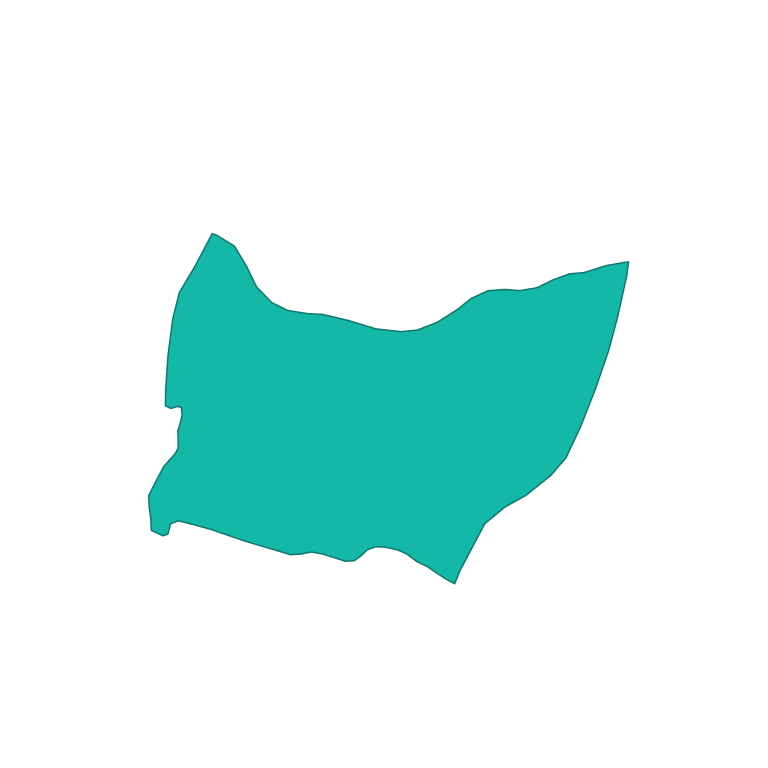 the district of Haute-Banio, Nyanga, Gabon, rotated 244°
{"feature_id": "22940354B88632619890778", "entity_name": "Haute-Banio", "entity_type": "district", "adm_level": 2, "iso_a3": "GAB", "parent_name": "Gabon", "parent_adm1": "Nyanga", "projection": "robinson", "projection_center": [11.179, -3.673], "detail": "fine", "context": "isolated", "style": "filled", "palette": "teal", "viewbox_px": 768, "rotation_deg": 244, "n_neighbors": 0, "source": "geoboundaries", "source_scale": "gbopen_adm2", "svg_char_len": 1191}
<svg xmlns="http://www.w3.org/2000/svg" viewBox="0 0 768 768"><g transform="rotate(244 384 384)"><path d="M594.4,295.4L573.7,267.2L555.8,240.0L535.3,222.8L504.5,202.5L474.6,185.3L460.2,178.0L455.5,181.6L454.3,188.6L451.7,191.6L444.4,188.9L438.8,184.3L432.0,178.0L425.6,175.3L416.5,170.7L412.7,165.4L409.8,158.1L406.2,149.5L395.4,134.9L386.9,123.6L376.0,118.9L366.9,116.0L354.3,110.7L344.4,118.9L343.8,123.9L352.0,130.9L351.1,139.2L344.9,146.8L328.5,165.4L303.3,190.6L283.3,212.5L271.6,225.1L267.8,234.1L264.9,245.0L258.1,254.3L241.7,271.5L238.2,279.8L239.7,288.1L242.3,296.4L241.4,305.0L237.0,313.3L229.1,323.3L221.8,329.6L209.7,335.9L200.4,343.2L191.0,348.5L181.0,354.5L173.6,360.0L183.2,370.8L214.2,413.3L220.4,438.5L221.7,462.7L228.7,493.8L237.8,515.1L259.3,541.8L286.4,571.4L315.4,600.4L340.9,622.6L374.2,649.1L386.5,657.3L387.7,653.9L393.0,635.7L396.5,612.4L401.7,599.1L403.5,581.3L403.5,563.5L408.3,547.2L416.1,533.9L422.3,518.1L422.7,500.3L418.8,482.5L416.1,459.3L417.9,437.5L423.6,422.2L437.1,400.9L457.2,379.2L473.4,359.4L480.8,346.1L492.2,329.8L506.2,318.9L527.1,312.0L550.3,312.0L573.5,310.0L591.4,298.6L594.4,295.4Z" fill="#14b8a6" stroke="#0f766e" stroke-width="1.5"/></g></svg>